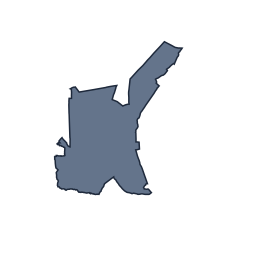 the district of Baldovinesti, Olt, Romania, rotated 143°
{"feature_id": "2599482B50421105571388", "entity_name": "Baldovinesti", "entity_type": "district", "adm_level": 2, "iso_a3": "ROU", "parent_name": "Romania", "parent_adm1": "Olt", "projection": "mercator", "projection_center": [24.058, 44.394], "detail": "fine", "context": "isolated", "style": "filled", "palette": "slate", "viewbox_px": 256, "rotation_deg": 143, "n_neighbors": 0, "source": "geoboundaries", "source_scale": "gbopen_adm2", "svg_char_len": 5681}
<svg xmlns="http://www.w3.org/2000/svg" viewBox="0 0 256 256"><g transform="rotate(143 128 128)"><path d="M150.5,194.0L150.1,193.3L150.0,193.1L150.3,192.5L150.7,191.9L151.5,190.6L153.8,187.7L154.2,187.1L155.3,185.7L155.9,186.1L157.2,187.1L159.1,184.9L159.7,184.0L161.3,182.1L166.1,175.4L167.0,174.0L170.4,169.2L173.5,164.8L180.1,155.4L180.8,154.1L182.6,151.8L185.7,147.8L186.1,148.3L186.4,149.1L186.6,149.5L186.7,149.8L186.6,150.4L186.6,151.2L186.4,151.9L186.4,152.3L186.4,152.5L186.0,152.9L186.0,153.4L186.2,154.6L186.3,156.1L186.6,157.6L186.6,159.4L186.5,160.0L188.7,159.7L190.1,159.3L190.6,159.3L190.9,159.0L191.1,158.8L191.2,157.8L191.5,158.4L192.6,158.1L193.0,158.1L193.9,158.1L194.0,158.1L194.0,157.9L194.0,157.7L194.3,157.5L194.2,157.1L193.9,156.9L193.4,156.8L193.0,157.0L192.8,156.9L192.7,156.9L192.7,156.7L193.0,156.1L193.2,155.8L193.4,155.3L193.1,154.8L193.0,154.7L192.5,154.6L192.1,154.3L192.1,154.1L191.9,153.7L191.9,153.2L191.4,152.8L191.3,152.6L191.0,151.6L190.9,151.3L190.5,150.9L190.4,150.7L190.4,150.2L190.7,149.8L191.7,148.5L192.9,147.2L193.2,146.8L193.7,145.9L193.8,145.8L194.3,145.6L194.4,145.4L194.4,145.1L194.5,144.9L194.7,144.5L195.0,144.0L195.3,144.0L198.5,145.7L198.5,145.8L198.3,146.1L200.1,147.3L200.7,148.0L200.9,148.5L201.8,149.2L202.3,148.5L203.0,148.9L203.4,149.3L203.9,149.2L204.8,147.8L205.3,147.3L205.4,146.9L205.6,146.1L205.7,145.9L207.4,143.4L209.0,140.7L209.5,139.5L209.6,139.3L209.4,138.9L209.3,138.5L209.3,137.6L209.1,136.6L211.9,135.7L212.2,135.5L213.1,133.8L213.2,133.7L213.3,133.4L213.5,133.2L214.5,131.9L214.7,131.7L214.8,131.5L214.9,131.1L215.2,130.4L215.5,129.9L215.5,129.7L215.4,129.2L215.3,128.6L215.6,127.6L215.9,127.3L216.4,127.0L217.4,126.3L217.8,125.9L218.2,125.3L218.8,124.9L218.9,124.2L219.2,123.6L219.3,123.3L219.3,123.1L218.9,123.0L218.5,122.6L218.4,122.0L218.6,121.4L218.4,120.9L218.1,120.5L218.0,120.1L217.8,119.9L217.7,119.8L217.8,119.4L217.7,119.2L216.1,118.3L215.9,118.0L215.6,117.6L215.3,117.3L215.2,117.0L215.4,116.7L215.1,116.3L215.1,115.9L215.0,115.6L214.8,115.5L213.5,115.6L213.3,115.4L212.4,114.9L212.0,114.6L211.6,114.3L211.3,114.2L210.9,114.2L210.0,113.4L209.4,113.1L209.3,112.8L209.3,112.7L209.0,112.5L208.5,111.6L208.3,111.5L207.9,111.3L207.5,111.1L207.3,110.7L207.2,110.1L206.3,109.8L206.0,109.5L205.9,109.3L205.9,109.1L206.0,108.7L205.9,108.4L206.0,108.0L206.0,107.8L205.8,107.3L206.0,106.6L205.9,106.5L205.8,106.3L205.5,106.2L205.3,105.8L204.8,105.3L204.5,105.2L204.3,104.9L203.9,104.9L203.5,104.5L202.8,103.9L202.6,103.7L202.4,103.4L202.2,103.1L201.9,103.0L201.8,102.9L201.6,102.7L201.3,102.3L201.3,102.1L200.4,101.3L200.1,100.8L199.4,100.5L198.9,100.4L198.0,99.5L197.9,99.1L197.7,99.0L197.4,99.2L197.2,98.7L197.5,98.5L197.6,98.3L197.6,98.1L197.4,97.9L196.9,97.8L196.8,98.0L196.6,98.0L196.2,97.4L196.1,97.0L195.4,96.1L195.1,96.2L194.9,96.1L194.7,95.4L194.6,95.2L193.9,94.4L193.0,94.0L192.8,93.9L192.5,93.5L191.9,93.3L191.5,93.0L191.2,92.5L190.6,92.7L190.0,93.2L189.6,93.4L189.4,93.4L189.1,93.6L188.7,93.7L187.8,93.7L187.4,93.8L187.2,94.1L187.0,94.3L186.6,94.5L186.4,94.7L185.9,94.8L185.1,95.4L184.9,95.4L182.6,96.0L181.3,97.0L180.9,97.1L180.4,97.6L169.7,97.6L169.1,97.5L168.9,97.5L169.2,97.0L169.3,96.3L169.4,95.8L169.3,95.3L169.0,93.9L169.0,93.4L169.2,92.5L169.3,91.5L169.2,89.3L169.4,88.0L169.4,87.3L169.3,85.9L169.2,85.6L169.1,83.7L169.1,83.0L168.6,79.9L167.6,77.4L166.9,76.5L165.9,75.6L165.4,74.8L164.7,73.9L164.4,73.2L164.0,73.0L163.0,72.7L162.7,72.5L160.5,70.0L160.1,69.2L159.8,68.9L158.4,68.0L157.2,67.5L156.6,67.1L156.2,66.8L154.4,64.8L151.2,62.4L150.6,62.2L148.2,62.3L148.5,66.8L148.9,67.3L149.3,67.6L149.8,67.7L150.2,68.0L151.3,69.3L151.7,69.5L151.5,70.0L151.4,70.8L151.4,71.1L150.0,71.7L149.4,71.9L148.1,71.9L147.9,72.2L147.7,72.4L147.2,72.4L146.8,72.3L146.0,71.8L143.8,78.7L143.6,79.4L141.2,86.8L140.9,87.9L140.6,89.0L140.5,89.4L140.5,90.3L140.3,91.7L140.1,92.2L139.7,92.8L139.2,93.9L138.6,95.5L138.3,96.7L137.4,99.7L136.0,103.3L135.0,105.9L134.0,105.3L133.4,105.0L131.5,104.3L127.7,110.0L129.6,111.8L130.0,112.1L128.2,114.4L126.3,117.1L125.0,118.9L124.5,119.7L124.6,119.9L123.6,120.7L123.2,121.5L122.3,121.9L122.0,122.0L121.2,122.2L120.1,122.6L119.2,123.1L118.9,123.5L118.7,123.9L118.4,124.4L118.1,124.9L117.8,125.9L117.7,126.2L116.6,127.7L116.4,128.1L116.2,128.6L116.0,128.8L115.4,129.1L114.7,129.5L114.4,129.6L114.0,129.6L113.3,129.4L113.0,129.5L111.0,130.8L110.2,131.5L109.1,132.4L108.0,132.9L107.0,133.1L104.1,134.1L102.5,134.6L100.5,135.4L88.6,139.3L87.4,139.7L86.7,139.9L83.3,141.3L82.6,141.4L82.0,141.6L80.9,142.2L80.6,142.4L80.2,142.3L79.7,142.4L78.1,142.9L77.8,142.9L78.3,145.6L78.5,146.9L77.6,147.3L77.4,147.5L76.8,149.7L76.7,150.4L75.4,150.3L73.8,149.8L73.1,149.8L70.1,149.7L69.4,149.6L68.1,149.0L67.3,149.0L66.2,149.0L65.3,149.2L62.0,150.1L61.9,151.7L58.2,151.6L57.7,151.8L56.1,152.0L55.2,152.1L52.7,152.0L52.6,151.2L46.1,154.9L44.4,155.3L44.0,155.6L43.6,155.9L43.2,156.4L42.7,157.4L42.3,157.7L42.0,157.8L41.0,157.8L40.7,157.8L39.7,158.3L38.0,158.7L36.7,159.2L37.5,159.9L39.7,161.6L41.9,164.1L43.1,166.8L47.0,175.0L53.2,173.8L62.5,172.2L68.0,171.0L71.3,170.5L78.6,168.9L85.0,168.1L94.9,166.2L96.8,165.9L98.4,164.2L104.2,158.0L105.8,156.4L106.5,155.5L107.1,154.7L109.0,151.8L111.9,148.0L112.2,147.4L112.7,146.4L113.9,147.1L115.5,147.8L117.2,148.3L118.9,148.7L118.9,149.0L119.1,149.4L119.4,150.4L119.8,152.1L120.2,153.4L120.7,155.4L121.5,156.8L122.6,158.6L123.5,160.2L122.9,160.7L119.5,163.3L117.7,164.3L114.0,167.0L113.1,167.8L112.0,168.4L111.4,168.7L113.7,170.0L117.5,172.0L120.6,173.5L121.0,173.6L121.7,173.9L126.0,176.1L132.3,179.3L145.4,186.1L145.4,192.5L146.4,192.9L147.0,193.4L148.6,193.8L149.8,193.9L150.5,194.0Z" fill="#64748b" stroke="#1e293b" stroke-width="1.5"/></g></svg>